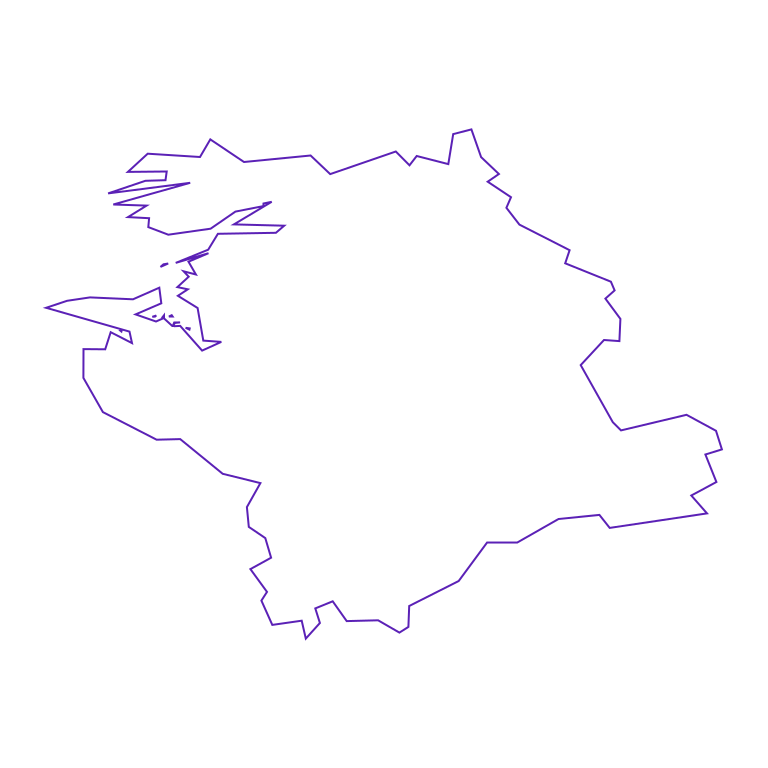 Gort-Kinvara Lea-5, Galway, Ireland
{"feature_id": "5873133B79086862800883", "entity_name": "Gort-Kinvara Lea-5", "entity_type": "district", "adm_level": 2, "iso_a3": "IRL", "parent_name": "Ireland", "parent_adm1": "Galway", "projection": "robinson", "projection_center": [-8.887, 53.119], "detail": "medium", "context": "isolated", "style": "outline", "palette": "violet", "viewbox_px": 768, "rotation_deg": 0, "n_neighbors": 0, "source": "geoboundaries", "source_scale": "gbopen_adm2", "svg_char_len": 1929}
<svg xmlns="http://www.w3.org/2000/svg" viewBox="0 0 768 768"><path d="M200.0,157.0L147.7,153.7L127.9,171.9L166.7,171.5L165.5,180.2L145.4,180.8L108.1,193.4L190.2,182.8L113.3,204.5L146.6,205.6L128.0,217.1L149.1,218.2L148.3,227.1L168.3,234.7L210.6,228.7L235.4,211.6L263.4,206.1L263.5,203.5L271.7,201.8L233.9,224.4L284.2,225.7L275.9,232.8L217.9,233.8L208.2,249.7L175.7,262.9L208.5,253.2L188.5,261.7L195.9,274.5L183.6,271.3L188.7,276.7L177.4,287.1L187.8,289.3L177.9,295.8L197.6,308.0L203.3,340.6L221.3,341.9L202.1,350.6L180.2,325.9L174.5,326.2L173.8,325.3L173.2,326.0L172.3,326.0L163.7,318.1L156.0,321.5L135.6,314.4L161.3,303.3L159.3,287.7L133.0,299.3L90.0,297.4L67.1,300.8L46.1,307.8L129.5,331.6L132.0,343.1L110.7,332.2L105.2,349.3L83.5,349.1L83.4,377.9L102.9,412.1L156.6,439.7L180.2,439.1L222.7,473.8L260.4,483.1L246.9,507.1L248.8,526.9L265.3,538.1L271.1,557.7L250.4,569.1L267.0,591.9L261.4,600.6L272.3,624.9L301.7,620.7L305.8,638.6L319.9,623.0L315.3,608.4L332.7,601.3L346.7,621.1L378.1,620.3L399.4,632.6L408.4,626.9L409.2,606.0L458.7,581.0L487.1,542.5L517.3,542.5L558.5,519.0L599.4,514.9L609.7,527.9L707.0,513.4L691.3,495.5L716.4,482.0L705.4,454.5L721.9,449.4L716.0,430.8L686.5,414.8L621.0,430.4L612.8,422.2L580.7,365.1L604.0,340.0L619.4,341.1L620.4,318.9L605.4,298.6L614.6,290.4L610.9,281.7L565.2,263.3L569.6,250.2L519.4,224.6L506.4,207.8L511.0,197.2L487.7,181.7L498.9,174.0L481.1,157.1L471.4,129.4L453.2,134.1L448.3,164.1L416.7,156.0L409.5,165.3L395.8,151.5L330.2,174.1L310.6,155.5L244.0,162.0L210.3,139.4L200.0,157.0ZM174.2,322.5L172.8,326.0L175.0,322.9L180.1,322.4L174.2,322.5ZM163.5,264.3L160.5,266.9L168.2,263.5L163.5,264.3ZM189.7,328.4L185.6,327.8L189.4,329.6L189.7,328.4ZM152.3,316.8L155.0,316.6L156.3,315.5L152.3,316.8ZM171.7,315.2L168.9,316.5L172.6,316.5L171.7,315.2ZM164.0,317.8L164.0,315.3L162.5,317.2L164.0,317.8ZM121.4,331.5L121.7,330.3L120.4,330.7L121.4,331.5Z" fill="none" stroke="#5b21b6" stroke-width="2"/></svg>